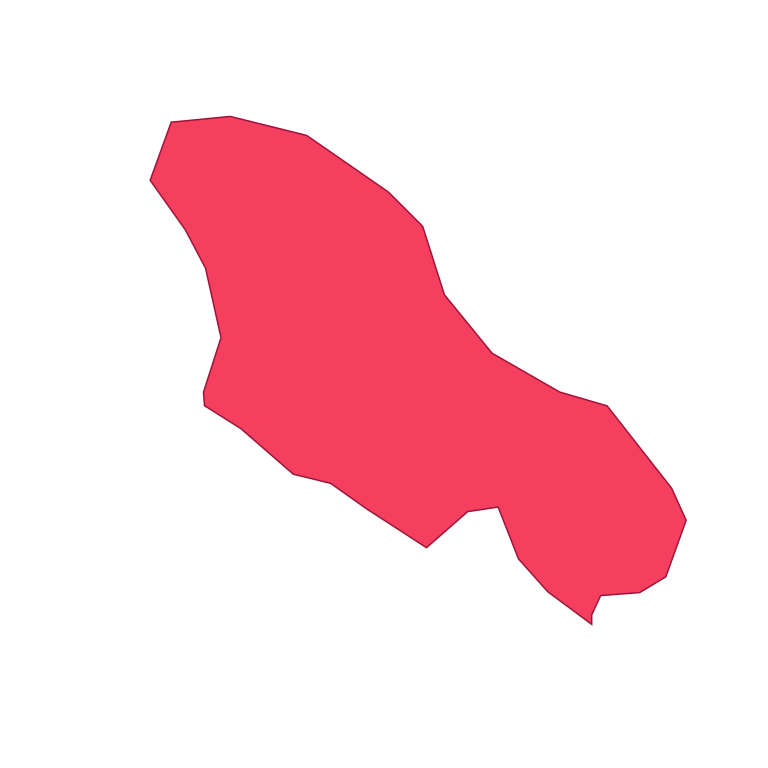 the district of Båstad, Skåne, Sweden, rotated 45°
{"feature_id": "70781695B81213219414601", "entity_name": "Båstad", "entity_type": "district", "adm_level": 2, "iso_a3": "SWE", "parent_name": "Sweden", "parent_adm1": "Skåne", "projection": "equal_earth", "projection_center": [12.848, 56.404], "detail": "fine", "context": "isolated", "style": "filled", "palette": "rose", "viewbox_px": 768, "rotation_deg": 45, "n_neighbors": 0, "source": "geoboundaries", "source_scale": "gbopen_adm2", "svg_char_len": 551}
<svg xmlns="http://www.w3.org/2000/svg" viewBox="0 0 768 768"><g transform="rotate(45 384 384)"><path d="M700.8,407.1L694.1,400.3L686.8,380.4L712.3,350.7L719.6,321.0L694.0,266.7L661.1,254.3L557.3,241.7L513.8,265.5L438.7,285.8L363.7,278.2L299.9,245.2L251.2,245.2L153.6,262.9L86.0,303.6L48.4,349.3L74.6,405.3L134.6,415.5L175.9,428.3L236.0,466.5L262.2,517.5L272.4,526.3L314.2,516.8L383.7,511.9L416.5,492.0L460.4,484.5L529.8,469.7L533.4,415.1L551.7,390.3L602.8,412.6L646.7,415.1L700.8,407.1Z" fill="#f43f5e" stroke="#9f1239" stroke-width="1.5"/></g></svg>